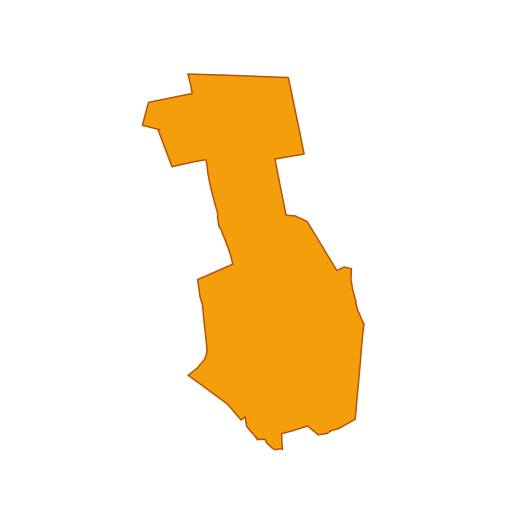 outline of Simand, Arad, Romania, rotated 149°
{"feature_id": "2599482B98372342042544", "entity_name": "Simand", "entity_type": "district", "adm_level": 2, "iso_a3": "ROU", "parent_name": "Romania", "parent_adm1": "Arad", "projection": "orthographic", "projection_center": [21.427, 46.377], "detail": "fine", "context": "isolated", "style": "filled", "palette": "amber", "viewbox_px": 512, "rotation_deg": 149, "n_neighbors": 0, "source": "geoboundaries", "source_scale": "gbopen_adm2", "svg_char_len": 1937}
<svg xmlns="http://www.w3.org/2000/svg" viewBox="0 0 512 512"><g transform="rotate(149 256 256)"><path d="M268.9,443.0L270.9,441.2L281.8,430.7L286.0,426.5L273.7,414.0L275.1,413.7L277.3,401.6L282.0,375.8L261.6,369.1L249.4,364.4L251.4,358.5L254.6,351.8L256.9,345.6L259.7,337.7L263.9,323.4L266.9,312.3L269.0,309.1L270.4,305.5L272.2,301.3L272.6,299.8L272.2,297.2L272.7,294.8L275.6,277.8L277.2,270.4L280.2,260.9L282.7,261.3L318.1,265.9L324.8,250.4L326.0,245.8L326.9,242.3L331.5,232.4L342.5,208.8L346.4,200.5L349.1,197.3L351.8,195.1L353.0,194.1L355.9,192.9L361.9,191.0L363.8,190.2L364.3,190.2L364.5,190.1L365.0,190.1L365.9,189.9L367.8,189.7L369.3,189.5L374.4,188.8L375.3,188.7L375.5,188.6L374.6,186.3L373.8,184.5L361.9,156.2L359.9,151.4L356.8,144.0L355.4,136.1L353.3,123.1L348.5,123.6L348.3,123.6L351.8,114.7L351.6,113.4L350.6,106.8L350.2,106.6L349.5,100.1L348.9,99.8L349.4,98.5L349.6,98.0L343.0,94.5L342.8,93.7L342.8,93.2L342.8,92.4L343.0,91.5L343.2,90.7L342.3,87.8L341.8,86.1L341.9,85.7L341.6,85.2L341.1,83.0L339.4,80.2L334.4,78.2L332.9,76.7L330.9,80.8L325.6,90.5L314.3,87.3L299.3,83.7L294.8,70.7L290.6,69.0L289.4,68.5L286.4,67.3L283.3,67.5L280.9,67.5L275.6,65.9L271.8,65.4L255.4,65.0L254.8,65.3L245.2,78.5L238.2,88.1L233.0,95.1L226.7,103.8L220.5,112.3L212.4,123.7L203.5,135.7L201.7,138.0L199.7,140.6L198.3,142.3L198.4,142.5L198.6,143.0L198.4,144.6L198.2,146.3L197.0,154.6L197.1,156.3L196.0,159.6L195.2,162.4L194.6,164.9L193.9,165.0L191.7,173.0L190.5,177.2L186.7,187.0L180.8,195.9L186.0,201.1L194.2,201.9L194.3,235.0L194.4,258.8L195.5,260.9L202.1,270.5L209.2,275.4L199.8,301.9L198.7,304.9L189.8,329.3L180.4,325.7L167.6,320.7L165.6,319.9L162.2,318.7L154.8,339.5L139.6,382.9L136.5,392.0L137.1,392.8L139.5,394.4L143.6,397.0L176.7,418.7L195.9,431.2L202.8,435.5L210.9,440.8L217.2,444.8L220.6,447.0L220.9,445.9L223.7,437.0L227.0,428.1L238.6,432.3L250.5,436.5L265.3,441.7L268.9,443.0Z" fill="#f59e0b" stroke="#b45309" stroke-width="1.5"/></g></svg>